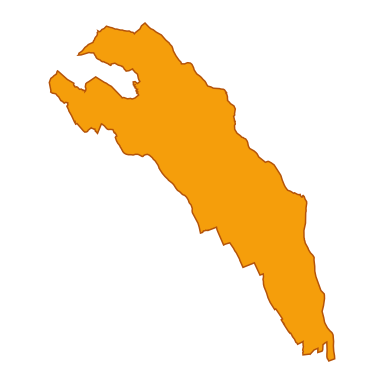 Dobrovat, Iasi, Romania
{"feature_id": "2599482B94926242048527", "entity_name": "Dobrovat", "entity_type": "district", "adm_level": 2, "iso_a3": "ROU", "parent_name": "Romania", "parent_adm1": "Iasi", "projection": "orthographic", "projection_center": [27.668, 46.958], "detail": "fine", "context": "isolated", "style": "filled", "palette": "amber", "viewbox_px": 384, "rotation_deg": 0, "n_neighbors": 0, "source": "geoboundaries", "source_scale": "gbopen_adm2", "svg_char_len": 5792}
<svg xmlns="http://www.w3.org/2000/svg" viewBox="0 0 384 384"><path d="M97.5,133.4L101.4,123.9L101.7,123.9L104.3,125.8L106.7,128.6L107.7,129.3L108.3,129.5L110.5,129.4L112.9,129.6L114.0,132.4L114.4,132.9L114.8,132.6L116.4,134.9L116.7,136.1L116.2,136.2L115.3,137.3L116.5,140.8L117.8,143.2L119.7,145.6L120.2,146.9L121.0,148.1L123.0,151.8L124.3,153.2L126.2,154.2L128.4,154.7L131.0,154.7L133.2,155.0L135.4,154.3L137.7,154.3L138.9,154.7L142.2,156.5L143.0,156.4L143.9,155.4L145.0,154.8L147.3,154.3L149.4,155.2L152.3,157.7L153.4,159.3L155.2,160.9L158.0,165.1L158.8,167.1L159.1,168.3L159.5,168.6L159.6,169.1L162.4,173.4L165.0,176.5L168.0,179.4L168.4,180.1L172.3,183.2L173.7,184.7L175.9,188.2L177.5,190.3L179.8,191.8L182.3,194.3L183.3,194.9L184.6,195.3L186.5,197.1L188.2,199.8L189.2,202.7L191.1,205.0L192.3,208.5L192.1,210.9L192.4,212.7L198.0,223.2L199.2,227.1L200.5,233.1L202.6,232.4L203.5,230.9L204.9,230.8L205.8,230.2L206.9,230.5L208.1,230.1L208.2,230.4L216.5,227.2L217.0,229.6L218.0,232.1L223.6,245.0L225.1,244.2L229.8,242.8L233.6,248.4L234.8,250.8L236.3,252.8L239.5,259.0L239.8,260.2L243.0,267.4L254.3,262.8L260.0,275.1L263.2,273.9L263.5,276.8L263.0,279.4L263.4,281.4L263.5,284.2L264.1,286.8L266.6,293.0L268.0,297.7L270.2,302.5L274.7,309.6L275.6,308.9L276.1,309.3L281.9,318.0L282.5,319.0L281.2,319.8L283.2,323.0L283.4,322.8L284.2,324.0L283.8,324.2L288.7,331.8L288.9,331.7L290.0,333.3L290.6,333.1L292.5,336.3L292.4,336.5L294.5,339.2L295.9,342.3L297.1,343.2L297.6,344.3L303.0,341.6L302.8,342.6L303.1,343.6L303.1,345.2L303.4,346.6L302.7,350.1L303.3,351.7L302.8,352.5L303.0,354.9L309.7,354.1L310.1,354.3L314.1,349.9L317.9,348.3L317.8,352.5L322.0,351.2L322.7,349.9L323.0,344.7L325.0,343.0L326.8,342.0L327.1,350.6L326.9,354.3L326.9,356.9L327.4,358.7L327.7,358.8L328.8,361.0L334.7,358.8L334.5,355.7L333.7,351.1L333.4,345.9L333.6,341.5L333.1,335.4L332.9,334.5L331.9,332.6L329.8,330.7L327.4,327.8L325.0,323.3L324.5,322.0L323.7,317.6L322.1,311.4L323.5,305.6L324.5,298.7L324.4,295.1L324.2,293.9L320.9,290.5L315.9,276.6L314.8,271.2L314.7,266.2L314.0,260.0L314.1,257.7L314.0,257.2L312.8,255.3L310.5,252.9L308.7,250.0L307.9,247.9L305.2,243.0L304.8,240.9L304.3,239.9L304.4,239.0L304.0,237.5L303.9,230.5L305.5,223.1L305.7,212.7L306.1,211.1L306.0,208.0L306.7,203.4L306.6,201.6L305.1,199.2L304.2,196.6L303.1,195.5L302.8,195.7L302.8,196.4L302.4,196.9L301.9,197.1L301.4,196.8L300.3,195.2L300.2,194.6L299.6,194.9L299.2,194.5L298.5,194.7L297.5,194.4L294.5,192.8L293.7,193.3L290.6,191.3L287.6,190.2L285.2,186.9L284.1,184.7L282.2,180.0L281.0,176.0L280.5,174.9L274.1,164.9L271.2,162.8L268.5,161.4L267.8,161.4L265.4,162.3L258.7,156.9L257.2,154.0L256.0,152.6L254.0,150.9L249.7,148.5L248.7,146.8L248.2,145.3L247.7,142.6L247.2,141.2L245.7,139.0L243.9,138.2L243.0,137.5L241.7,137.2L240.6,135.9L237.0,133.2L234.7,129.3L234.5,125.7L234.6,125.1L235.2,124.4L235.3,123.8L234.9,121.9L235.2,121.5L235.0,121.1L234.4,120.8L234.5,120.1L233.6,116.2L234.5,115.5L234.7,114.8L234.5,113.9L235.1,110.0L235.3,109.0L233.9,105.9L230.4,103.6L229.5,102.4L227.5,100.4L227.6,99.5L227.4,98.0L227.5,97.0L226.9,94.7L225.9,93.1L226.6,92.8L224.5,89.9L223.5,89.3L220.7,89.0L219.6,88.6L213.3,88.2L210.9,86.9L207.8,86.1L206.6,84.3L206.0,82.9L205.0,81.3L202.9,79.3L201.3,77.4L199.6,75.9L197.1,74.2L196.0,72.8L194.1,69.8L193.6,67.8L192.1,64.7L191.7,64.2L190.4,63.1L187.9,62.7L187.2,62.8L184.6,63.9L181.4,63.8L181.0,62.2L178.9,60.0L176.0,55.9L173.3,50.9L172.7,48.3L171.9,46.3L170.0,44.3L169.2,43.0L165.7,40.0L161.4,35.0L156.2,32.1L153.1,29.7L150.9,28.8L149.0,27.2L145.0,23.0L141.5,25.8L139.9,29.0L135.2,32.7L134.4,33.8L132.9,32.3L131.2,32.2L129.3,31.0L127.0,31.1L123.8,30.6L122.6,30.1L120.2,30.0L116.9,29.1L115.3,29.1L111.9,27.7L110.6,27.5L106.4,26.2L104.0,28.6L101.9,29.5L100.3,31.4L99.5,31.7L98.0,30.9L98.3,31.6L97.5,32.2L97.2,32.8L97.5,34.0L96.8,35.8L95.6,37.1L94.8,38.4L94.5,39.6L93.5,41.0L93.0,42.4L88.2,44.6L87.5,45.5L84.9,47.5L82.6,50.5L81.5,51.5L79.0,53.2L78.8,53.7L78.7,54.7L78.3,55.1L81.1,54.9L89.0,52.5L90.4,52.8L93.7,52.9L94.8,55.0L95.8,56.4L95.9,57.0L96.8,58.3L98.3,59.3L100.3,60.1L101.3,61.2L102.0,61.4L102.2,61.7L103.4,61.8L103.8,61.6L104.5,62.2L108.4,63.9L108.8,64.2L108.8,64.4L110.6,65.4L110.9,65.3L111.1,65.0L111.2,64.0L114.9,63.2L118.2,65.1L121.2,65.9L121.9,66.5L122.5,66.4L124.1,68.5L124.4,69.3L125.5,70.2L126.1,71.1L129.0,70.7L132.6,68.9L133.2,70.2L133.6,70.4L134.7,71.9L137.5,74.2L138.4,78.5L139.0,80.1L139.9,81.3L139.6,81.8L137.4,83.5L135.1,81.6L133.2,81.9L133.3,83.1L133.5,83.6L133.3,84.0L133.4,84.9L133.8,85.2L134.8,84.9L134.4,85.5L134.3,86.6L134.8,87.0L135.4,86.9L135.1,87.9L136.6,88.6L136.8,89.7L137.4,89.6L137.1,90.2L136.8,89.8L136.3,89.8L136.0,90.9L136.5,91.4L137.8,92.0L136.7,92.9L137.1,93.5L137.6,93.5L138.4,94.4L138.6,95.1L134.8,98.1L132.1,99.0L130.5,98.4L127.5,98.8L123.8,97.5L122.2,97.9L121.8,97.2L111.4,86.4L108.2,84.6L106.5,83.3L104.4,82.4L95.7,76.9L88.7,81.7L86.9,82.7L85.8,83.8L85.3,87.0L85.9,88.2L85.9,89.4L85.5,90.9L85.1,91.3L85.2,90.8L84.9,90.4L83.1,90.5L82.9,89.8L82.0,89.7L81.4,89.1L79.5,89.3L77.6,87.3L76.6,86.8L76.0,87.0L74.9,86.9L74.6,86.4L74.6,85.9L74.1,85.7L73.6,84.8L73.9,83.3L67.4,79.5L58.2,71.3L57.5,70.9L57.0,71.8L56.5,73.8L55.9,74.3L56.0,74.4L54.2,75.5L52.7,77.0L50.8,78.4L49.3,82.5L50.9,90.6L50.7,92.0L52.3,93.1L55.4,93.7L56.1,94.1L57.2,95.6L58.7,96.9L60.7,100.4L61.1,100.8L61.6,100.7L62.2,101.5L63.4,102.2L64.2,103.2L65.8,102.3L67.8,102.8L67.8,103.3L67.6,103.6L67.9,104.4L67.8,104.6L67.7,105.6L67.2,105.7L66.9,106.3L68.5,109.5L68.9,111.0L71.6,115.7L74.1,121.2L74.4,121.8L75.0,121.4L75.2,121.9L75.2,122.2L74.9,122.4L74.9,122.6L75.7,124.2L77.0,123.5L83.3,130.8L84.8,132.1L86.6,131.9L87.6,131.3L88.1,130.3L91.2,127.8L91.5,128.2L93.5,128.8L94.1,129.3L94.7,129.1L94.7,129.4L95.3,130.4L95.3,131.0L95.7,131.1L95.8,131.6L96.5,131.9L96.7,132.5L97.5,133.4Z" fill="#f59e0b" stroke="#b45309" stroke-width="1.5"/></svg>